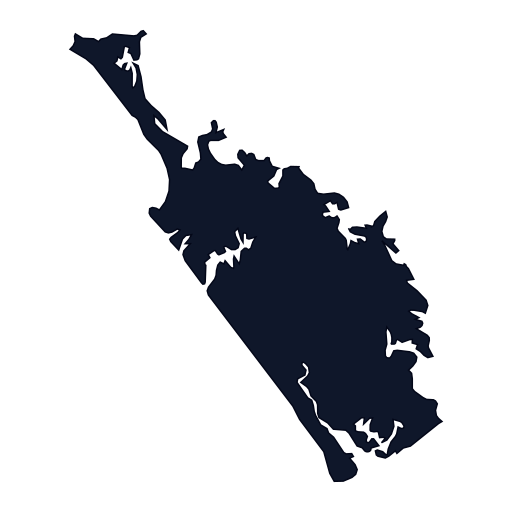 outline of Northland
{"feature_id": "NZL-3404", "entity_name": "Northland", "entity_type": "Regional Council", "adm_level": 1, "iso_a3": "NZL", "parent_name": "New Zealand", "parent_adm1": "", "projection": "robinson", "projection_center": [173.848, -35.399], "detail": "fine", "context": "isolated", "style": "filled", "palette": "ink", "viewbox_px": 512, "rotation_deg": 0, "n_neighbors": 0, "source": "natural_earth", "source_scale": "10m", "svg_char_len": 6067}
<svg xmlns="http://www.w3.org/2000/svg" viewBox="0 0 512 512"><path d="M438.6,423.5L410.4,446.1L403.3,448.0L396.9,453.4L395.4,450.8L388.7,456.2L385.3,458.0L377.9,456.2L376.3,454.9L375.4,450.9L377.3,450.0L382.7,451.7L385.8,454.6L387.2,454.8L388.2,449.1L391.1,441.9L395.5,436.4L396.7,433.9L398.1,427.0L401.2,428.5L403.5,428.2L404.1,426.1L401.9,422.6L400.1,421.4L393.0,419.4L393.9,426.3L391.4,433.9L386.8,440.1L381.5,442.7L385.3,438.1L383.2,437.3L379.6,437.6L378.4,432.1L377.2,431.4L373.9,431.8L370.7,431.1L370.1,430.3L370.2,424.7L372.6,418.0L369.6,418.2L363.6,424.1L364.4,417.9L361.6,417.7L353.4,424.1L355.4,425.9L355.4,430.8L357.9,431.8L363.6,432.2L365.5,433.5L367.4,436.4L366.3,439.6L366.3,441.8L368.0,442.7L369.4,442.2L371.8,438.8L373.6,438.8L378.9,445.7L371.1,448.0L370.7,450.1L369.6,451.3L368.0,451.8L366.2,451.7L364.7,450.9L362.2,447.8L357.1,446.0L349.0,433.1L345.8,430.2L333.4,429.2L327.7,422.9L319.0,417.6L317.7,413.5L317.6,404.8L316.4,401.4L311.0,395.9L308.9,389.2L306.6,386.5L300.8,382.4L307.6,376.1L309.4,372.7L308.6,367.0L305.5,363.5L303.5,362.2L302.2,362.3L301.8,365.2L306.0,370.1L304.9,375.0L297.7,378.8L297.0,382.4L307.8,397.9L311.7,400.2L313.3,405.4L314.2,411.4L315.6,415.5L320.7,424.9L327.0,428.6L328.6,433.0L333.6,437.2L343.8,452.6L346.2,453.9L351.7,453.6L353.4,456.5L349.6,458.2L355.1,464.7L357.2,469.6L355.7,474.3L352.0,477.4L343.3,481.1L334.2,481.3L329.8,473.4L323.8,451.7L299.6,419.4L292.9,406.2L208.4,295.0L207.2,290.8L208.5,287.2L214.7,279.1L216.1,275.3L216.5,270.3L217.8,265.1L220.2,262.1L223.9,263.9L225.1,260.7L230.8,267.4L233.5,268.4L233.9,266.8L233.5,259.0L234.1,256.1L239.2,263.9L240.3,260.1L241.2,251.4L244.5,248.3L246.2,248.2L248.5,249.8L250.8,248.3L252.8,242.1L255.8,237.0L249.0,239.0L246.9,238.4L246.7,234.0L245.8,233.2L243.7,232.9L243.1,234.1L243.0,242.3L241.0,238.9L237.9,228.3L234.6,231.7L235.4,235.8L239.2,243.7L238.1,247.7L235.1,249.6L231.5,249.6L226.6,246.5L224.8,246.3L223.7,247.1L225.5,251.5L224.3,252.6L218.9,254.8L217.6,254.0L215.4,250.6L214.0,250.6L208.2,254.6L209.9,257.7L204.6,262.2L205.0,264.7L205.8,265.3L205.2,282.0L204.6,283.8L202.9,284.2L201.4,282.7L185.2,260.7L183.0,254.6L183.9,250.8L190.3,243.7L185.2,243.7L188.9,239.4L191.6,234.6L185.9,235.5L182.5,239.0L178.7,250.0L170.8,241.6L169.7,239.2L171.2,237.3L177.8,232.5L180.0,229.9L177.3,229.0L171.9,232.1L168.4,232.9L165.2,231.9L150.6,216.1L149.2,213.1L149.7,208.7L152.3,207.5L156.0,208.2L159.4,210.0L165.4,201.7L169.0,191.1L169.6,179.6L167.1,168.3L161.1,154.2L158.6,150.4L147.2,139.1L143.8,134.3L137.9,119.5L135.5,117.2L132.1,115.4L93.6,65.3L86.0,58.8L70.0,49.3L73.2,45.8L75.1,41.6L74.5,36.2L75.4,33.9L82.7,38.3L93.7,38.8L98.5,41.6L100.9,39.1L106.7,37.8L112.4,34.0L133.8,35.9L137.1,35.3L141.1,31.3L143.3,30.7L146.2,33.9L140.8,37.3L139.4,41.8L139.8,53.9L138.5,58.8L136.9,59.8L133.9,60.1L130.9,53.5L128.2,52.4L129.5,47.6L125.7,46.3L124.3,46.7L122.3,57.3L120.9,58.8L117.8,56.8L116.9,60.9L114.0,63.2L121.8,69.6L123.2,65.0L124.7,63.6L126.8,63.2L124.3,69.6L126.3,70.9L128.2,71.1L129.8,70.0L130.8,67.7L132.2,73.3L132.1,86.3L132.9,87.9L134.7,86.4L136.8,81.1L137.3,74.5L136.1,68.0L133.2,63.2L138.1,65.6L141.0,76.7L142.9,89.9L145.0,98.7L151.1,105.6L158.9,112.4L165.2,120.0L167.0,129.5L157.8,118.7L153.9,115.6L154.7,123.7L162.5,131.6L187.6,146.2L187.1,148.8L183.1,153.6L181.3,157.8L181.2,167.1L181.7,168.3L185.0,168.3L192.7,170.0L194.2,168.0L195.8,163.0L198.5,162.0L200.9,159.2L200.4,152.9L197.8,142.0L198.8,137.0L202.4,135.5L207.0,134.6L211.4,132.0L212.7,129.0L211.4,122.7L213.4,120.7L215.0,120.7L216.2,122.2L217.3,127.0L215.9,132.7L223.7,129.5L222.7,131.8L223.3,133.7L226.1,137.2L218.5,140.4L210.6,140.4L208.8,141.2L207.5,144.8L208.4,149.1L210.3,153.1L214.7,159.4L217.8,162.4L221.5,164.4L225.6,165.2L234.7,164.2L238.3,165.4L241.8,170.0L244.4,165.2L238.1,157.8L237.8,154.3L239.7,150.4L242.1,150.2L244.7,152.6L246.8,156.0L249.0,153.7L251.6,153.4L253.8,154.5L255.7,159.5L258.4,160.6L264.1,160.6L266.0,158.0L267.4,157.5L269.2,158.0L269.4,160.7L272.2,166.3L279.0,168.3L276.6,169.5L273.8,176.0L267.7,181.0L268.0,182.9L274.5,188.4L278.4,188.1L279.3,187.2L279.0,183.6L282.9,176.0L282.9,170.0L284.2,168.8L287.3,168.3L290.7,166.5L299.0,166.7L298.5,168.0L303.3,174.4L310.9,180.1L313.8,183.7L315.0,189.2L317.6,193.3L323.5,194.2L334.4,193.0L338.9,194.2L343.5,197.3L347.1,201.9L348.6,207.6L340.8,210.0L338.6,209.2L337.0,202.3L334.6,203.8L332.6,203.8L330.4,200.7L323.9,204.6L325.7,206.1L329.2,211.4L322.9,212.2L322.3,215.4L325.2,217.7L329.2,216.0L331.1,217.4L333.1,217.9L335.1,217.4L337.0,216.0L339.3,219.6L338.9,222.6L337.0,228.3L338.2,231.1L345.3,238.4L346.2,240.3L347.2,249.1L347.8,249.7L350.4,243.7L351.0,240.6L354.7,242.6L358.8,243.7L357.5,239.2L360.2,239.0L364.5,242.3L366.2,241.3L366.7,239.1L366.0,237.0L364.5,236.0L354.9,234.2L350.3,231.8L348.5,228.3L349.8,229.9L352.4,227.3L356.9,227.0L366.5,228.3L365.1,225.2L367.0,225.0L371.5,226.1L371.5,226.8L373.6,225.6L374.8,221.5L379.9,216.1L385.7,211.4L387.2,217.0L385.6,221.6L383.0,226.1L381.8,231.4L383.3,236.7L386.4,239.0L394.7,239.2L394.7,240.6L392.9,243.8L398.7,250.6L395.9,253.0L381.8,240.6L384.9,245.6L391.8,260.7L396.0,263.9L403.7,265.3L404.2,263.8L405.7,264.7L406.4,266.6L408.4,268.6L413.8,279.3L406.5,280.3L407.3,283.0L417.1,290.8L426.1,300.2L427.8,305.5L425.3,313.2L422.4,311.6L414.0,310.2L410.6,310.1L408.7,311.2L411.8,313.8L418.9,317.6L415.2,319.3L421.9,321.3L422.7,323.2L422.0,325.5L420.4,327.1L416.3,328.7L427.3,335.3L429.2,337.7L429.3,340.5L428.1,345.9L428.5,347.9L432.9,356.3L427.8,357.6L424.0,355.3L420.4,351.5L416.2,348.8L417.6,344.6L412.2,343.0L412.4,339.4L409.6,339.6L402.1,342.3L397.7,339.4L396.4,340.1L395.4,343.3L394.5,344.0L391.6,344.1L391.2,343.7L391.8,341.8L391.9,337.7L391.3,334.5L390.3,331.8L386.8,327.0L385.9,331.9L386.8,344.1L385.1,350.2L385.4,355.9L386.7,357.7L389.6,358.1L391.3,356.2L393.8,350.8L397.2,350.3L409.6,351.8L413.7,353.2L416.8,357.1L416.0,361.6L412.8,366.0L408.5,370.1L411.6,373.3L412.3,378.8L412.3,388.7L414.6,391.5L422.9,397.5L426.5,399.4L433.5,399.8L435.5,401.0L437.3,403.8L435.5,410.3L436.4,415.6L438.4,418.3L442.0,421.5L438.6,423.5Z" fill="#0f172a" stroke="#020617" stroke-width="1.5"/></svg>